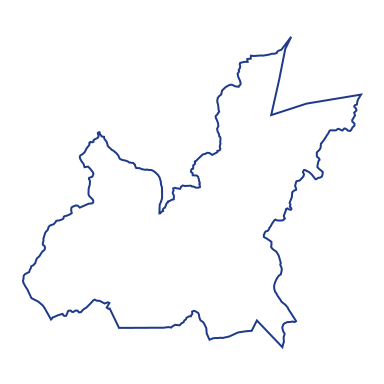 outline of Hueytlalpan, Puebla, Mexico
{"feature_id": "50627088B78446998147057", "entity_name": "Hueytlalpan", "entity_type": "district", "adm_level": 2, "iso_a3": "MEX", "parent_name": "Mexico", "parent_adm1": "Puebla", "projection": "mercator", "projection_center": [-97.68, 20.051], "detail": "fine", "context": "isolated", "style": "outline", "palette": "blue", "viewbox_px": 384, "rotation_deg": 0, "n_neighbors": 0, "source": "geoboundaries", "source_scale": "gbopen_adm2", "svg_char_len": 5951}
<svg xmlns="http://www.w3.org/2000/svg" viewBox="0 0 384 384"><path d="M291.2,36.8L281.4,49.7L278.2,50.9L276.8,52.3L276.7,53.1L274.4,53.7L271.7,53.8L269.1,54.6L263.2,55.6L260.4,55.5L254.1,56.0L250.9,55.7L250.7,58.7L247.3,59.0L247.6,61.9L244.5,61.8L240.2,62.9L239.7,64.1L240.2,66.1L239.9,68.1L238.7,70.0L239.1,71.6L237.6,73.6L238.1,76.5L240.1,81.0L240.7,83.7L240.3,84.7L239.1,85.8L238.7,86.8L235.1,86.3L231.9,84.7L229.8,84.9L227.3,86.1L225.2,87.5L222.1,90.5L221.2,94.5L219.5,95.8L217.7,97.9L217.7,98.9L217.3,99.9L217.3,102.0L218.0,104.4L218.5,107.8L218.5,109.5L219.2,111.8L218.3,112.8L217.1,114.7L215.8,115.9L215.6,116.8L215.9,118.2L216.9,120.0L218.0,123.1L218.4,126.1L217.1,128.8L217.7,131.8L218.9,133.8L219.3,136.4L220.0,136.8L220.5,138.3L220.2,142.6L220.5,143.6L219.9,145.6L219.8,147.3L220.4,148.9L219.5,150.4L217.4,150.9L217.4,152.0L217.0,152.4L212.2,154.9L209.4,153.0L208.6,152.9L207.1,152.8L205.7,153.7L202.9,154.4L197.1,159.8L196.3,160.8L194.9,161.4L194.7,161.8L195.0,162.4L195.1,163.5L194.6,164.4L193.3,165.2L193.1,168.7L191.6,169.2L191.3,169.6L190.9,171.8L192.6,173.1L192.7,175.3L196.7,175.5L198.1,176.8L199.0,179.8L199.1,181.2L199.7,182.4L199.8,183.1L199.3,184.0L199.6,184.3L200.0,187.0L198.8,187.6L195.9,187.7L193.5,186.5L191.9,186.5L191.4,185.9L190.5,185.7L185.1,186.0L182.6,185.5L181.0,186.8L180.2,188.8L176.5,188.3L175.3,187.8L173.2,188.4L173.6,190.4L172.9,192.0L172.7,193.1L173.9,195.6L173.8,199.3L171.6,199.8L170.2,200.7L168.0,201.5L167.9,202.4L167.1,202.7L166.6,203.4L164.9,207.7L164.0,208.1L163.1,209.0L162.9,209.7L163.1,211.0L162.0,211.4L160.0,213.4L159.4,213.4L159.7,204.6L160.4,203.2L162.1,198.4L162.0,187.5L161.1,184.8L160.7,181.2L159.5,177.3L158.1,175.1L156.0,173.0L153.7,171.2L151.7,170.1L148.4,169.9L147.0,169.5L146.2,169.8L144.6,169.7L141.7,169.1L139.7,168.2L136.2,168.0L135.0,165.6L134.9,164.6L134.3,164.3L133.4,163.0L129.2,162.5L128.1,161.6L126.3,160.8L122.2,159.9L120.2,159.1L119.3,158.0L118.4,155.7L116.9,153.7L113.3,150.6L112.0,150.0L107.9,146.2L106.7,141.9L104.4,138.9L104.0,136.8L101.8,136.5L99.9,134.0L99.5,132.2L98.6,132.3L97.8,133.0L98.6,136.2L97.6,137.9L94.1,139.7L93.5,140.3L93.5,141.8L92.2,142.3L90.4,141.9L90.0,142.7L89.4,142.8L89.3,145.0L86.7,148.2L84.7,152.2L82.3,154.3L80.9,155.1L80.0,156.0L79.8,157.2L80.1,158.6L81.6,161.4L83.6,164.0L84.5,167.2L88.1,166.6L90.2,168.8L92.8,172.1L93.4,173.6L92.7,176.1L92.2,176.7L89.1,177.9L88.9,178.3L89.0,179.2L89.7,180.3L90.0,181.6L89.7,185.2L89.1,186.9L88.6,189.1L88.5,193.5L88.6,194.6L89.4,196.2L92.7,199.5L93.2,200.4L93.2,202.2L92.7,203.1L91.9,203.4L88.7,203.7L79.8,207.6L77.8,205.7L76.8,205.5L75.6,205.5L72.9,206.6L72.0,207.1L71.3,208.0L71.2,210.3L71.7,213.2L69.7,214.5L66.5,215.8L64.3,216.3L63.8,216.8L63.4,218.6L62.1,219.4L59.1,220.5L57.2,220.6L56.1,221.0L55.5,222.2L53.7,224.2L49.8,225.6L48.5,227.2L48.0,229.1L47.3,230.5L46.2,231.4L45.2,232.9L43.4,238.8L43.5,240.6L42.8,243.2L42.8,244.6L44.6,246.2L45.0,247.4L44.8,249.2L44.1,250.3L42.8,251.1L41.1,253.4L39.4,256.2L36.8,258.5L35.6,261.7L35.2,263.4L34.4,263.9L33.8,264.9L31.2,266.4L30.8,268.2L29.7,270.1L29.2,272.0L25.3,274.0L23.9,275.4L23.6,276.3L23.5,278.9L23.0,280.8L23.4,282.7L25.4,286.5L27.4,289.5L31.4,298.1L38.4,301.7L42.8,305.5L44.8,308.4L51.0,319.5L51.9,318.7L52.6,317.4L53.9,317.1L58.0,315.2L62.6,313.9L63.3,315.2L64.3,315.9L66.1,315.8L67.4,313.0L67.8,311.4L68.6,310.7L70.7,310.6L71.9,311.8L73.1,312.0L75.8,310.5L77.6,310.7L78.9,312.4L81.0,312.1L83.3,309.5L86.3,307.6L90.0,304.0L93.5,300.2L94.8,299.6L96.4,300.6L99.7,300.9L104.7,303.5L107.8,302.3L109.4,303.0L106.7,307.6L108.5,308.8L109.7,308.5L119.0,327.9L163.7,327.7L168.2,327.1L171.3,327.5L171.7,326.9L175.0,324.8L179.6,325.3L181.5,323.3L183.6,322.2L184.3,320.5L185.9,319.4L186.4,317.9L188.8,316.4L190.9,316.3L190.9,315.6L192.3,314.0L192.1,311.6L193.8,310.8L195.6,311.4L198.2,313.0L198.9,314.4L199.4,317.6L200.1,319.5L200.6,320.4L203.3,322.3L204.8,325.0L206.3,328.2L206.7,333.5L209.5,339.7L213.1,338.3L215.3,338.0L218.3,338.1L220.1,337.7L222.5,338.0L229.2,336.5L238.2,332.4L245.7,331.3L251.7,330.8L256.9,320.5L282.4,347.2L283.1,344.1L283.9,342.0L283.6,337.1L284.6,334.3L284.4,333.1L283.4,331.9L282.5,328.9L282.3,327.5L283.1,324.9L284.1,323.6L287.3,322.1L290.1,322.0L292.6,321.5L294.0,322.0L295.2,321.8L296.1,321.1L288.3,309.0L288.0,308.0L285.4,304.8L281.3,301.6L281.1,300.8L277.3,295.4L276.5,293.6L275.1,291.7L274.2,288.5L274.1,286.1L274.6,283.7L275.9,280.3L277.4,277.7L279.0,275.5L280.8,274.4L281.8,269.9L281.4,267.2L280.5,265.6L280.3,264.3L280.8,263.0L278.8,255.9L277.4,253.3L276.1,251.4L273.8,250.0L271.8,248.1L271.1,246.9L271.5,244.4L271.4,241.8L266.5,238.4L264.0,237.1L263.7,234.9L264.5,233.8L264.7,232.7L265.7,231.4L267.5,231.0L268.7,229.7L269.2,228.8L269.3,227.9L270.6,226.4L272.0,223.7L274.4,220.2L275.5,219.6L276.2,220.2L279.6,220.6L283.0,220.3L284.9,218.5L284.2,217.5L283.8,215.8L286.0,210.0L285.9,209.2L287.3,208.4L288.3,209.1L290.5,209.8L291.2,209.5L291.4,208.6L291.1,207.9L289.8,206.7L290.4,204.8L290.4,204.3L289.7,203.3L289.7,202.6L291.9,197.0L292.2,192.3L294.1,190.6L296.1,189.8L296.2,188.9L295.1,185.8L296.2,181.7L296.8,181.1L299.1,180.7L300.1,180.1L303.4,176.5L304.0,174.3L302.9,172.0L304.0,170.0L305.1,170.1L309.4,172.3L312.2,175.0L315.4,179.2L316.1,179.2L318.1,177.9L320.3,177.5L321.8,176.6L322.4,175.0L322.8,171.9L319.9,169.6L317.5,167.3L317.5,165.4L318.3,161.8L318.7,160.7L319.5,159.9L319.5,159.3L318.7,158.0L317.5,157.2L316.8,156.1L316.8,152.7L317.2,152.0L319.3,150.0L320.6,147.9L320.9,143.6L321.5,143.2L324.5,139.2L327.2,134.8L328.0,133.9L329.5,130.9L330.3,130.3L335.8,130.4L337.9,128.9L338.3,128.9L338.8,128.9L342.1,130.5L342.5,130.4L344.3,128.5L345.7,128.7L348.0,130.6L348.6,130.8L350.3,130.9L351.1,130.0L352.6,127.3L354.4,125.7L354.5,124.0L354.3,123.4L352.3,121.6L352.2,120.1L355.0,115.5L354.2,112.6L356.3,110.7L356.5,110.2L356.0,108.5L354.3,106.8L354.4,105.9L355.0,105.1L356.9,104.5L357.4,101.4L358.1,99.4L361.0,94.6L306.6,103.6L271.2,115.1L279.2,79.5L285.3,48.8L291.2,36.8Z" fill="none" stroke="#1e3a8a" stroke-width="2"/></svg>